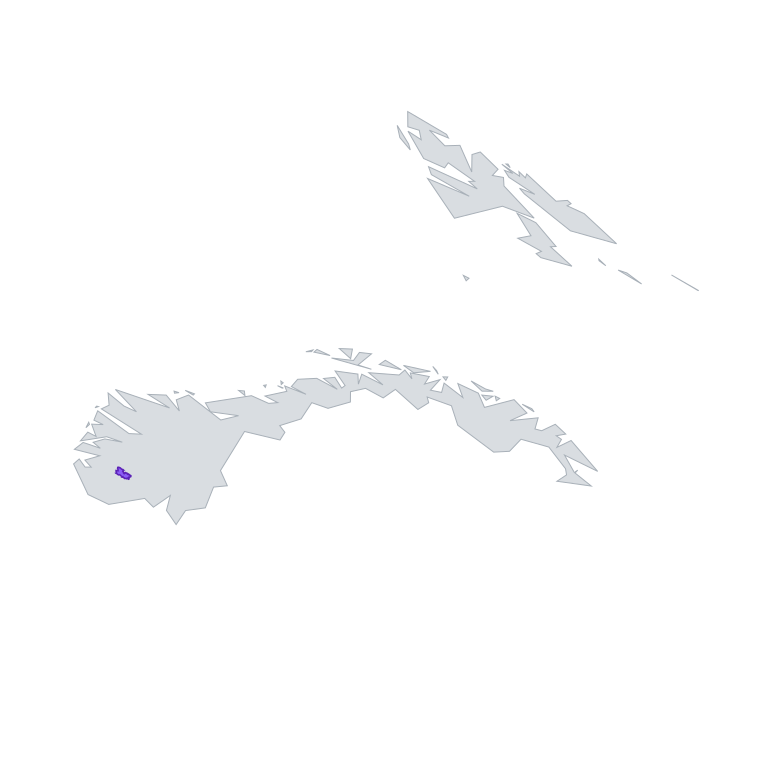 Tokke nor, Telemark, Norway (highlighted), rotated 33°
{"feature_id": "86288312B10810953516710", "entity_name": "Tokke nor", "entity_type": "district", "adm_level": 2, "iso_a3": "NOR", "parent_name": "Norway", "parent_adm1": "Telemark", "projection": "robinson", "projection_center": [7.933, 59.464], "detail": "fine", "context": "in_parent", "style": "filled", "palette": "violet", "viewbox_px": 768, "rotation_deg": 33, "n_neighbors": 0, "source": "geoboundaries", "source_scale": "gbopen_adm2", "svg_char_len": 6178}
<svg xmlns="http://www.w3.org/2000/svg" viewBox="0 0 768 768"><g transform="rotate(33 384 384)"><path d="M452.4,365.5L427.3,371.4L431.7,375.4L426.3,386.9L396.5,382.3L390.9,396.1L370.9,397.7L360.1,408.7L365.6,417.4L350.3,434.9L333.6,439.0L333.5,458.4L319.2,475.7L327.2,478.5L327.3,487.6L292.9,499.8L294.0,545.7L308.0,554.7L297.2,563.3L301.6,585.2L286.5,598.2L286.2,615.1L270.4,608.5L265.5,593.8L257.7,612.9L245.6,610.3L218.7,634.9L196.0,637.9L167.2,620.1L169.2,612.9L178.6,616.5L183.7,613.2L174.6,610.7L184.7,599.0L159.9,607.4L163.5,596.9L181.1,592.4L171.8,591.3L179.8,582.1L196.2,575.3L180.1,579.3L160.4,597.0L161.8,585.7L171.1,584.8L160.7,576.9L170.6,571.0L160.4,572.3L158.5,562.4L197.1,564.5L207.9,558.2L160.5,558.8L165.0,551.5L157.5,541.8L178.0,544.1L191.5,542.1L161.7,534.9L217.2,520.9L191.8,521.2L207.4,511.9L227.1,518.1L218.4,510.4L226.1,499.7L266.7,503.1L279.3,489.8L253.6,501.8L244.5,497.1L279.2,466.0L297.8,463.1L305.0,457.5L290.8,458.9L306.5,443.1L301.8,439.7L324.2,435.1L307.7,436.6L309.0,427.1L324.5,415.9L347.7,413.9L330.3,412.3L339.1,405.2L350.7,410.5L352.2,406.5L335.9,399.7L356.7,389.9L362.6,398.1L360.0,387.9L383.6,385.3L365.1,382.8L391.8,368.2L393.9,360.9L404.6,364.5L400.0,360.4L417.9,353.1L418.0,362.0L428.6,349.8L426.3,363.9L436.9,359.7L433.9,350.5L457.5,352.4L445.7,343.4L468.1,340.3L481.0,348.9L501.6,326.3L519.7,330.5L509.7,346.1L531.7,328.4L535.1,339.5L541.7,337.3L549.6,324.5L563.7,327.0L556.6,333.6L563.0,333.8L563.5,343.0L571.7,329.5L610.8,340.9L574.1,345.3L591.7,354.5L613.4,356.7L582.0,371.4L586.6,360.8L582.4,356.2L556.6,347.1L529.0,355.7L525.9,372.1L513.1,381.4L468.3,378.4L452.4,365.5ZM338.4,137.0L362.7,141.8L361.3,150.1L371.7,145.7L376.8,152.6L419.6,163.1L386.5,170.4L352.8,206.6L308.6,187.9L353.2,180.1L309.7,182.6L303.0,177.5L356.0,169.6L344.7,167.9L349.5,164.7L317.4,163.5L317.1,169.7L294.5,173.3L266.4,158.9L282.2,158.9L275.4,152.0L263.9,155.3L255.5,142.6L300.5,140.6L304.1,142.6L283.8,146.4L305.3,151.1L317.7,142.5L342.1,158.4L332.8,143.6L338.4,137.0ZM389.3,130.1L428.7,137.0L437.9,130.1L442.7,130.9L440.5,134.8L459.1,132.1L502.7,139.7L456.9,154.0L398.1,148.1L391.0,146.0L407.2,142.8L376.2,142.6L368.7,139.2L377.4,137.2L363.1,135.5L384.5,135.9L381.5,132.4L390.3,134.1L389.3,130.1ZM423.5,166.0L453.4,175.0L448.9,178.2L477.5,182.9L446.7,192.6L440.6,191.8L443.8,187.0L416.8,188.9L426.5,179.6L402.7,168.4L423.5,166.0ZM351.8,382.2L365.4,378.5L325.8,390.8L345.6,380.9L346.2,370.9L357.1,365.5L351.8,382.2ZM372.2,363.4L390.8,362.6L369.4,370.2L372.2,363.4ZM390.2,357.8L416.1,348.1L402.8,358.4L390.2,357.8ZM254.2,159.9L273.9,169.3L278.6,173.4L263.1,168.7L254.2,159.9ZM338.5,371.9L342.2,380.9L327.2,378.6L338.5,371.9ZM479.6,330.6L470.1,336.6L455.4,334.0L471.8,332.9L479.6,330.6ZM482.1,334.9L478.5,342.0L472.1,340.0L482.1,334.9ZM309.0,391.5L323.3,389.5L307.9,395.4L309.0,391.5ZM596.2,134.6L565.7,136.0L597.1,134.3L596.2,134.6ZM527.2,158.6L545.6,159.8L518.3,160.9L527.2,158.6ZM510.9,325.7L521.4,324.2L525.1,325.6L510.9,325.7ZM488.9,333.1L487.3,336.9L483.9,333.7L488.9,333.1ZM433.6,343.4L433.9,347.3L429.6,345.9L433.6,343.4ZM397.7,249.0L396.7,252.7L391.4,249.7L397.7,249.0ZM505.6,164.0L497.2,163.5L496.1,162.3L505.6,164.0ZM270.7,465.9L273.6,469.4L265.6,468.6L270.7,465.9ZM415.3,342.7L420.8,344.1L424.2,346.3L415.3,342.7ZM368.2,132.0L372.0,133.8L366.5,133.1L368.2,132.0ZM230.0,497.2L220.7,497.6L230.4,495.5L230.0,497.2ZM216.8,502.9L213.3,505.8L211.8,504.3L216.8,502.9ZM305.6,396.3L300.9,399.5L305.9,394.1L305.6,396.3ZM159.0,578.3L157.8,583.0L157.2,576.9L159.0,578.3ZM298.1,440.4L295.9,437.7L298.8,437.9L298.1,440.4ZM593.4,350.7L592.8,354.0L592.3,353.4L593.4,350.7ZM300.8,442.9L295.6,443.4L301.8,442.2L300.8,442.9ZM285.7,448.9L286.3,451.5L283.8,450.7L285.7,448.9ZM156.8,558.5L154.6,561.3L155.1,559.0L156.8,558.5Z" fill="#d9dde1" stroke="#a8b0b8" stroke-width="1"/><path d="M218.2,604.2L218.3,604.2L218.5,604.1L218.7,603.9L218.8,603.8L219.0,603.8L219.4,603.8L219.4,603.7L219.5,603.7L220.0,603.4L220.2,603.2L220.1,602.9L220.7,603.0L221.6,603.1L221.8,602.9L221.8,602.7L221.9,602.4L221.7,602.2L221.3,602.3L221.2,602.2L221.0,601.9L220.9,601.8L220.7,601.7L220.6,601.2L220.8,601.0L221.0,601.0L221.1,600.9L221.5,600.8L221.8,600.1L221.7,600.0L221.7,599.9L221.6,599.7L221.8,599.6L221.7,599.5L221.8,599.5L221.7,599.5L221.9,599.4L222.0,599.3L222.0,599.2L221.9,598.9L221.6,598.8L221.5,598.7L221.3,598.7L221.1,598.7L220.7,598.9L220.5,599.0L220.1,598.8L220.1,598.7L220.3,598.6L220.2,598.6L219.7,598.6L219.6,598.8L219.4,598.9L219.2,598.9L218.9,598.8L218.9,599.0L218.8,599.3L218.7,599.3L218.3,599.3L218.2,599.3L217.9,599.3L217.7,599.3L217.5,599.2L217.4,598.8L217.4,598.7L217.2,598.7L217.0,598.8L216.9,598.8L216.7,599.0L216.4,599.1L216.1,599.1L215.8,598.9L215.6,598.9L215.5,599.0L215.4,599.1L215.2,599.2L215.1,599.3L215.2,599.5L215.3,599.5L215.5,599.5L215.5,599.8L215.4,600.0L215.2,600.2L215.2,600.3L215.1,600.5L214.9,600.7L214.9,600.8L214.7,600.8L214.6,600.7L214.4,600.6L214.1,600.5L213.7,600.4L213.6,600.2L213.6,599.9L213.3,599.7L213.2,599.6L212.9,599.5L212.7,599.5L212.7,599.4L212.4,599.4L212.4,599.2L212.3,598.9L212.2,598.6L212.1,598.3L212.3,598.3L212.5,598.1L212.4,598.1L211.8,597.9L211.7,598.0L211.4,598.0L211.2,598.0L210.6,598.3L210.2,598.3L209.9,598.3L209.7,598.2L209.3,598.1L209.2,598.1L208.9,598.0L208.7,598.0L208.3,598.0L208.2,598.1L207.7,598.3L207.5,598.2L207.4,598.3L207.3,598.2L206.8,598.3L206.7,598.4L206.1,598.9L206.5,599.9L207.4,600.4L207.4,600.5L207.6,601.0L208.2,601.5L207.4,601.9L207.3,602.0L207.1,602.1L207.4,602.2L207.3,602.3L207.2,602.4L207.1,602.6L206.9,602.8L206.7,602.9L206.6,603.0L207.2,603.4L207.6,603.6L207.7,603.8L207.7,604.0L207.8,604.1L207.9,604.3L208.0,604.3L208.0,604.6L207.9,604.7L208.0,604.7L208.0,604.8L208.6,604.7L209.2,604.7L209.6,604.9L210.1,604.9L210.7,604.8L210.9,604.8L211.2,604.6L211.3,604.4L211.5,604.3L211.7,604.2L211.8,604.1L212.2,604.1L212.5,604.0L213.0,604.2L213.2,604.3L213.7,604.3L214.0,604.3L214.3,604.3L214.6,604.3L214.9,604.3L215.0,604.4L215.0,604.5L215.1,604.4L215.1,604.5L215.3,604.6L215.5,604.6L215.7,604.4L215.8,604.4L216.0,604.3L216.5,604.2L216.8,604.2L217.1,604.2L217.1,604.3L217.3,604.5L217.5,604.5L217.8,604.6L218.0,604.5L218.1,604.4L218.2,604.2Z" fill="#8b5cf6" stroke="#5b21b6" stroke-width="1.5"/></g></svg>